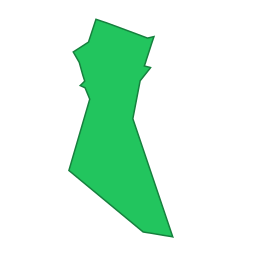 SVG path tracing the border of Adrar, rotated 107°
{"feature_id": "MRT-2795", "entity_name": "Adrar", "entity_type": "Region", "adm_level": 1, "iso_a3": "MRT", "parent_name": "Mauritania", "parent_adm1": "", "projection": "albers", "projection_center": [-10.597, 21.416], "detail": "fine", "context": "isolated", "style": "filled", "palette": "green", "viewbox_px": 256, "rotation_deg": 107, "n_neighbors": 0, "source": "natural_earth", "source_scale": "10m", "svg_char_len": 697}
<svg xmlns="http://www.w3.org/2000/svg" viewBox="0 0 256 256"><g transform="rotate(107 128 128)"><path d="M33.0,129.9L39.8,130.1L46.5,130.2L52.2,130.3L56.6,130.4L59.4,130.4L60.4,130.4L63.9,130.5L63.7,126.3L63.6,124.1L64.3,124.3L79.3,130.2L117.7,126.1L219.0,53.4L219.0,53.5L219.2,55.1L219.7,58.7L220.2,62.2L220.4,63.8L220.8,66.9L221.2,70.0L221.6,73.1L222.0,76.2L222.5,79.4L222.9,82.5L223.0,83.2L222.8,83.6L186.2,171.4L185.9,172.1L112.1,173.0L111.6,173.0L102.6,180.4L102.1,180.8L101.5,185.2L101.4,186.1L95.8,183.1L90.6,186.7L79.5,193.8L76.6,196.9L71.3,202.6L57.4,190.9L33.4,190.4L33.6,183.3L33.7,179.3L36.3,135.6L35.9,134.9L33.0,129.9Z" fill="#22c55e" stroke="#15803d" stroke-width="1.5"/></g></svg>